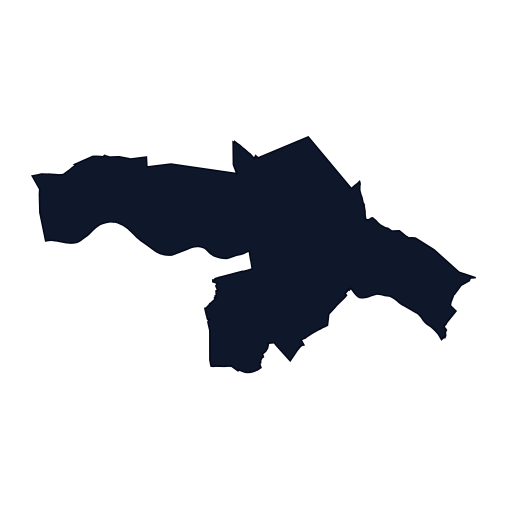 the district of Venlo, Limburg, Netherlands, rotated 266°
{"feature_id": "6326949B62614877207788", "entity_name": "Venlo", "entity_type": "district", "adm_level": 2, "iso_a3": "NLD", "parent_name": "Netherlands", "parent_adm1": "Limburg", "projection": "equal_earth", "projection_center": [6.131, 51.392], "detail": "fine", "context": "isolated", "style": "filled", "palette": "ink", "viewbox_px": 512, "rotation_deg": 266, "n_neighbors": 0, "source": "geoboundaries", "source_scale": "gbopen_adm2", "svg_char_len": 5723}
<svg xmlns="http://www.w3.org/2000/svg" viewBox="0 0 512 512"><g transform="rotate(266 256 256)"><path d="M219.0,473.7L225.7,457.4L249.9,434.0L262.8,416.3L263.4,412.2L263.4,409.4L264.4,408.5L265.4,406.9L271.2,400.8L271.4,393.2L274.4,389.6L275.2,386.9L278.3,382.1L280.9,379.6L282.6,378.4L286.0,374.9L285.8,373.9L285.7,373.5L285.3,372.8L284.7,371.9L284.4,371.0L284.3,370.1L284.8,368.1L289.0,367.7L293.1,367.9L299.0,367.3L299.3,367.6L300.4,367.2L302.2,366.4L306.5,365.9L310.0,364.9L314.3,364.1L318.2,364.4L320.4,364.9L322.0,364.8L323.2,364.5L322.8,364.0L321.6,362.8L318.8,358.6L318.1,357.8L316.7,355.8L371.2,316.4L354.1,265.9L353.7,265.1L356.2,262.6L353.3,261.1L358.1,257.4L358.6,256.7L359.8,255.4L360.7,254.5L361.4,253.9L363.3,252.0L364.1,251.1L364.9,250.1L367.1,248.1L368.0,247.1L368.9,245.9L371.7,242.7L370.6,242.4L371.5,241.1L348.7,239.8L339.6,242.5L353.7,177.6L352.5,154.3L352.9,153.4L362.4,153.6L361.6,139.3L361.5,137.2L361.9,136.5L362.6,133.9L364.6,126.3L364.9,116.8L365.3,116.1L365.7,114.9L366.4,113.0L367.0,112.0L366.3,111.1L365.7,110.5L366.6,104.2L366.8,100.2L364.5,93.8L364.2,93.3L364.1,92.6L363.9,92.1L360.0,81.3L359.3,82.5L356.8,78.6L355.3,76.7L353.0,73.0L350.7,69.4L350.7,68.5L350.7,65.2L351.3,61.3L352.2,54.5L352.1,54.3L352.8,47.5L352.2,44.5L351.5,38.3L337.7,44.9L336.9,44.8L335.0,44.5L332.4,44.2L314.3,43.4L285.7,47.2L285.9,49.8L286.0,51.7L286.0,52.7L285.7,54.4L284.9,58.4L284.7,59.4L283.9,62.1L283.6,63.5L283.0,65.6L282.6,67.0L282.2,69.6L281.9,71.1L281.7,73.4L281.8,75.6L281.8,76.2L282.0,77.5L282.0,77.9L282.6,79.8L283.9,82.5L284.6,83.3L286.5,86.4L287.4,87.7L287.5,88.1L288.0,88.9L289.9,91.4L292.1,93.8L293.8,95.8L295.6,98.1L298.2,102.3L299.1,105.2L299.4,106.6L299.9,109.1L300.1,110.9L300.3,113.0L299.8,116.2L299.8,117.4L299.0,120.0L297.4,123.0L296.4,124.9L294.9,127.1L292.2,130.3L286.7,135.3L282.6,138.8L281.6,140.0L280.8,140.7L279.2,142.4L275.4,147.1L274.0,148.8L273.1,149.9L270.6,152.8L268.2,155.6L267.3,156.8L266.3,158.5L265.2,160.3L264.9,161.1L263.7,164.6L263.4,165.9L262.9,169.5L262.8,171.6L263.0,172.9L267.2,186.8L268.8,191.3L269.5,194.8L269.6,198.7L269.1,201.2L268.3,203.5L267.3,205.5L266.0,206.9L262.8,209.6L261.7,210.6L259.1,214.0L257.9,216.8L256.6,220.4L255.8,224.4L255.6,226.9L256.1,229.2L257.0,232.6L258.1,236.5L258.7,241.1L259.3,243.6L260.2,245.8L261.6,249.3L259.9,249.7L258.8,249.8L254.4,250.2L254.0,250.2L252.1,250.4L251.6,250.6L243.3,251.3L243.2,250.4L242.4,246.9L241.5,242.1L241.4,241.4L241.7,241.3L237.3,217.9L237.2,218.0L236.5,214.4L236.4,214.5L236.2,213.6L235.3,213.8L235.1,212.2L235.1,211.2L233.3,211.1L231.3,215.7L229.0,213.8L224.5,215.4L224.1,213.7L220.6,213.6L219.1,213.6L219.0,212.4L217.3,212.6L217.2,211.7L215.2,211.6L214.4,210.6L214.4,210.3L213.6,209.3L211.6,206.9L211.8,206.7L211.7,206.5L211.3,206.5L210.9,206.2L210.2,205.4L207.0,202.0L207.5,201.9L207.4,201.3L200.8,202.3L200.1,202.5L198.7,202.8L197.7,202.9L196.6,203.1L196.3,203.2L196.1,203.4L195.8,203.7L195.7,204.0L195.7,204.3L195.8,204.6L196.0,204.9L195.8,204.9L195.5,205.1L193.7,203.4L191.9,203.6L185.1,204.7L181.5,204.5L155.3,202.7L154.8,202.8L151.1,203.2L149.2,203.5L148.9,205.6L148.8,206.2L148.9,206.9L148.9,207.4L149.0,207.4L148.1,216.7L148.1,223.0L147.9,222.9L148.0,223.6L142.7,230.0L143.5,230.5L143.2,230.9L143.7,231.2L143.3,231.8L142.4,233.4L142.0,234.3L141.6,235.2L141.2,236.0L140.9,236.8L140.5,238.5L140.4,239.3L140.3,241.0L140.4,241.9L140.4,242.7L140.7,244.5L140.9,245.3L141.1,246.2L141.4,247.0L142.6,249.6L142.3,249.6L144.3,253.2L145.5,252.9L146.2,252.7L148.6,252.1L149.0,253.2L150.1,253.3L150.8,253.3L151.4,253.4L152.0,253.7L153.2,254.4L153.9,254.7L154.8,256.4L158.2,255.6L158.4,256.3L158.8,257.1L159.2,257.6L159.8,258.4L160.3,259.0L160.9,259.5L161.1,259.6L162.3,260.5L163.3,261.1L164.5,261.5L166.7,262.1L167.8,262.2L168.1,262.1L168.2,268.2L165.8,269.7L149.0,282.8L158.9,290.5L161.9,293.3L163.5,295.2L163.9,297.6L169.1,295.2L170.4,298.0L170.8,298.8L170.5,299.0L170.9,299.8L171.5,300.4L174.9,306.5L177.4,311.7L177.6,311.9L178.9,315.5L179.0,315.5L179.9,317.4L180.3,318.4L180.6,319.5L181.9,322.5L192.7,324.5L193.0,324.6L199.5,331.5L201.0,332.9L203.3,335.6L205.1,337.7L207.9,341.0L208.6,341.8L210.5,343.6L212.2,342.2L214.0,343.8L213.8,343.8L214.7,344.7L216.2,346.0L215.4,346.6L217.2,348.5L212.5,351.4L210.5,352.9L208.5,354.7L208.0,355.4L207.3,356.6L207.0,358.2L206.9,359.5L206.9,361.0L207.1,363.3L207.5,365.3L208.3,367.8L209.2,371.7L209.6,373.9L209.6,374.2L209.2,376.5L208.6,379.0L207.6,381.7L206.7,386.5L205.4,388.8L204.1,390.7L203.1,391.9L201.6,393.6L199.5,395.6L198.2,397.1L197.0,398.7L196.4,399.8L191.3,407.4L190.2,408.9L189.6,409.9L188.7,411.1L187.7,412.9L186.3,414.3L185.3,415.1L183.1,416.8L180.3,418.3L178.4,419.7L176.5,421.4L175.9,422.1L173.4,425.4L171.4,427.4L168.7,429.8L166.2,431.8L164.3,433.0L159.6,435.2L161.0,436.9L161.3,436.8L161.4,436.7L161.5,436.8L161.7,437.0L161.4,437.4L161.1,437.4L161.1,437.6L161.4,437.8L161.5,437.8L161.7,437.7L161.9,437.8L161.6,437.9L161.5,438.1L161.5,438.3L161.6,438.2L161.7,438.3L161.8,438.6L162.0,438.9L162.3,439.0L162.5,439.3L162.9,439.4L163.6,439.8L164.1,439.6L164.4,439.5L164.5,439.3L164.5,439.6L165.0,439.7L165.4,439.5L165.7,439.5L165.8,439.4L165.7,439.3L165.8,439.3L166.3,439.5L166.5,439.5L166.8,439.7L166.8,439.8L167.4,440.0L167.9,440.0L168.2,440.1L168.3,440.3L168.5,440.4L168.5,440.6L168.7,440.8L169.3,440.4L169.6,440.4L170.0,440.2L170.1,439.8L170.5,439.5L170.7,439.4L170.9,439.5L171.1,439.4L171.5,439.1L172.5,439.0L172.7,438.9L172.8,438.8L172.9,439.0L173.3,439.2L173.5,439.5L173.9,439.5L174.0,439.6L174.3,440.3L174.5,440.7L174.8,440.7L175.1,440.7L175.5,441.2L176.1,441.5L187.1,451.7L192.9,446.5L195.9,447.1L204.0,450.8L204.1,451.5L212.4,458.5L216.4,467.0L219.1,468.3L219.0,471.1L219.1,472.8L219.0,473.7Z" fill="#0f172a" stroke="#020617" stroke-width="1.5"/></g></svg>